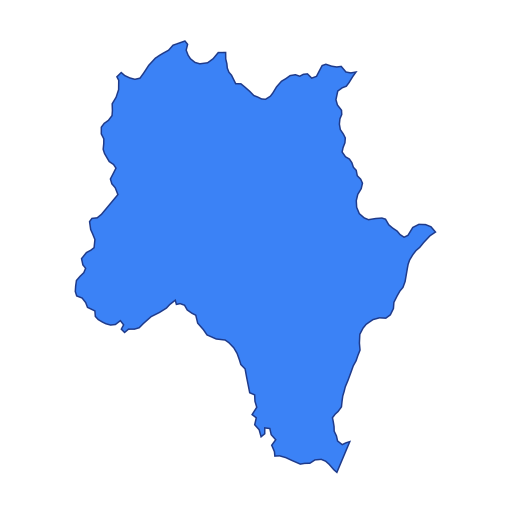 the district of Mogi Mirim, São Paulo, Brazil, rotated 188°
{"feature_id": "56859067B62614874395589", "entity_name": "Mogi Mirim", "entity_type": "district", "adm_level": 2, "iso_a3": "BRA", "parent_name": "Brazil", "parent_adm1": "São Paulo", "projection": "robinson", "projection_center": [-46.995, -22.438], "detail": "fine", "context": "isolated", "style": "filled", "palette": "blue", "viewbox_px": 512, "rotation_deg": 188, "n_neighbors": 0, "source": "geoboundaries", "source_scale": "gbopen_adm2", "svg_char_len": 3275}
<svg xmlns="http://www.w3.org/2000/svg" viewBox="0 0 512 512"><g transform="rotate(188 256 256)"><path d="M182.6,452.1L187.6,450.5L192.5,450.7L198.0,455.6L202.4,454.4L207.6,454.5L213.5,455.6L217.0,453.8L219.1,448.0L221.1,442.3L225.6,439.9L230.4,443.5L234.4,442.5L237.7,440.1L242.2,441.0L247.3,439.4L251.1,435.8L255.1,432.6L259.2,426.3L262.0,419.8L264.0,416.2L268.4,412.5L272.4,412.3L276.3,413.6L280.5,414.6L285.3,418.3L290.5,421.7L294.9,424.4L300.1,423.8L305.4,431.6L308.4,434.2L310.6,438.1L311.6,442.3L313.4,446.9L314.4,453.3L321.7,452.2L325.9,445.4L330.8,440.6L338.4,438.5L343.4,439.2L348.4,442.2L351.2,445.4L353.8,450.1L353.2,456.1L356.3,459.0L367.5,453.2L371.2,447.6L376.3,443.8L379.4,441.3L383.2,437.9L388.7,430.0L392.7,421.5L395.6,416.0L400.5,414.1L405.9,414.8L411.1,416.4L415.0,418.9L418.7,414.1L416.4,410.9L415.2,401.6L416.6,393.8L419.6,386.7L418.4,379.8L418.1,375.0L421.0,369.8L424.8,366.2L427.1,362.0L426.2,355.4L423.0,350.8L422.4,346.0L422.2,340.4L420.2,336.3L414.5,329.1L409.8,326.8L406.9,323.5L408.5,318.8L410.9,312.0L408.8,307.4L404.9,304.0L401.3,297.6L414.8,275.8L418.6,271.7L423.7,270.4L425.6,266.9L423.4,259.2L421.0,255.4L417.8,249.9L417.5,241.7L420.3,238.8L424.4,235.8L428.4,229.1L426.2,223.1L423.0,220.1L424.2,215.5L427.4,211.4L430.4,206.8L430.4,201.0L430.0,195.7L428.0,191.5L422.4,190.2L418.2,186.2L415.7,181.7L407.9,179.2L406.7,173.8L403.4,171.1L398.9,169.2L395.2,168.0L390.4,167.4L385.7,168.6L381.3,173.1L377.5,169.4L379.2,164.8L375.5,162.0L372.1,165.8L366.1,166.7L361.7,168.7L358.2,173.4L351.4,181.4L343.7,186.7L337.4,192.0L334.7,195.9L329.8,201.0L328.1,197.0L324.5,198.3L319.9,197.3L316.6,193.0L311.5,190.4L307.4,189.0L304.4,181.4L297.9,175.8L293.5,171.0L283.9,168.3L274.9,168.5L270.8,166.4L265.2,162.0L261.1,156.8L257.8,150.5L255.9,146.4L251.1,142.7L248.5,134.9L245.6,126.6L243.2,119.7L238.0,118.3L236.8,112.0L234.2,106.3L237.8,98.4L233.2,95.8L233.8,88.7L228.7,84.4L225.8,77.7L222.6,81.2L223.4,87.0L218.3,87.1L216.1,81.2L210.9,76.8L214.1,70.8L210.5,64.8L209.5,60.5L204.8,61.4L198.4,60.5L192.2,58.6L183.2,56.1L179.0,57.4L173.8,58.3L169.2,62.3L163.1,63.7L158.5,62.5L154.7,60.0L149.2,55.2L145.8,53.0L137.3,85.2L140.9,83.5L144.4,81.2L149.5,84.2L151.3,89.0L154.2,93.4L155.0,98.0L156.4,102.6L157.8,106.5L155.6,110.4L153.0,113.6L150.4,118.5L150.6,124.5L150.6,129.5L149.9,134.0L149.4,138.8L147.6,145.7L145.8,154.0L144.4,160.8L142.3,166.2L141.3,171.5L139.9,177.3L141.5,184.2L142.3,192.9L140.0,199.4L137.5,203.6L134.4,206.5L131.3,209.3L125.1,212.0L118.8,212.5L114.8,216.4L112.6,223.1L113.0,229.3L110.6,236.4L108.6,241.4L106.1,245.4L104.8,251.5L104.4,264.8L104.2,269.0L103.3,273.5L100.9,279.1L98.3,283.7L95.1,287.3L91.9,292.6L86.5,300.3L81.6,304.7L86.8,309.3L92.5,310.7L99.1,310.0L104.7,306.1L108.4,297.6L112.0,295.2L116.4,297.3L119.7,300.3L124.8,302.8L128.9,305.4L132.9,310.5L136.6,311.1L142.6,309.8L149.7,307.6L154.2,308.8L159.6,312.3L163.1,318.2L164.4,324.8L163.8,331.2L161.2,337.3L160.7,342.9L163.0,346.6L166.9,349.6L168.7,354.8L171.9,357.4L174.1,361.8L177.0,365.0L181.2,366.7L185.2,371.0L184.9,375.4L183.7,380.5L184.0,385.3L186.4,388.8L190.1,392.9L191.8,398.2L192.0,403.5L190.8,408.1L191.6,412.2L196.4,416.9L198.6,421.9L198.0,430.7L194.0,434.6L190.2,436.7L188.0,440.7L185.1,447.3L182.6,452.1Z" fill="#3b82f6" stroke="#1e3a8a" stroke-width="1.5"/></g></svg>